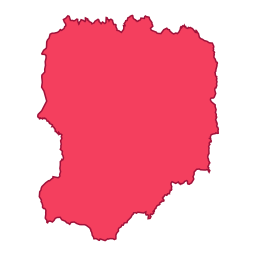 Mahabo, Menabe, Madagascar (Equal Earth projection)
{"feature_id": "10022922B70120442307447", "entity_name": "Mahabo", "entity_type": "district", "adm_level": 2, "iso_a3": "MDG", "parent_name": "Madagascar", "parent_adm1": "Menabe", "projection": "equal_earth", "projection_center": [45.183, -20.687], "detail": "fine", "context": "isolated", "style": "filled", "palette": "rose", "viewbox_px": 256, "rotation_deg": 0, "n_neighbors": 0, "source": "geoboundaries", "source_scale": "gbopen_adm2", "svg_char_len": 5726}
<svg xmlns="http://www.w3.org/2000/svg" viewBox="0 0 256 256"><path d="M212.3,43.1L209.2,42.8L207.0,41.3L204.3,40.6L202.5,39.3L201.0,38.8L199.4,37.4L198.4,33.4L197.0,32.2L197.1,31.5L196.4,30.8L196.4,32.5L195.6,32.4L195.1,32.0L194.9,31.0L194.5,31.1L192.4,28.5L191.4,28.2L190.6,27.5L189.6,27.8L188.4,27.4L187.8,28.4L186.1,27.9L185.6,26.5L184.8,26.8L184.3,25.4L183.9,26.3L182.8,25.8L181.7,27.6L181.3,26.6L181.0,26.6L180.4,27.9L180.3,29.3L178.8,32.2L177.3,33.6L175.9,33.0L173.7,33.9L172.3,33.2L169.9,31.1L169.4,29.8L167.6,29.3L166.8,28.2L163.8,29.7L160.9,33.6L157.8,33.4L156.8,33.0L156.3,32.2L151.3,30.2L150.5,28.3L152.8,26.3L152.5,24.9L152.0,24.1L151.9,22.5L149.6,19.2L149.1,17.3L147.6,16.8L147.0,17.0L145.4,16.0L144.7,16.7L144.4,18.4L140.9,18.1L140.6,19.2L139.8,20.3L138.6,20.5L138.1,21.2L137.1,21.5L136.7,20.6L135.9,20.6L135.5,19.8L134.4,19.4L133.2,18.1L132.7,15.6L132.2,15.4L130.2,16.3L129.6,17.1L127.9,17.8L127.1,20.4L125.8,20.7L125.2,22.3L124.1,23.7L124.8,24.7L125.0,25.7L123.5,25.6L123.9,27.1L123.6,29.4L121.4,32.4L118.8,30.7L117.0,30.3L117.0,29.1L115.9,26.8L116.0,24.9L115.5,24.5L113.8,24.5L112.8,22.0L112.5,20.3L110.9,19.2L109.6,19.9L109.0,20.9L108.6,19.7L107.6,19.3L107.3,18.0L106.7,17.6L106.2,17.5L105.9,22.6L104.8,23.5L102.5,22.0L101.1,23.7L99.8,22.1L99.0,21.6L99.0,20.2L98.0,19.3L94.9,21.3L94.1,22.8L91.9,23.8L91.3,22.6L89.1,21.5L88.6,20.3L87.7,20.1L87.7,19.0L85.4,17.9L85.3,19.1L85.7,19.9L85.1,21.5L84.4,21.4L83.8,20.6L81.1,19.7L80.6,20.9L79.4,22.3L79.2,23.7L78.8,24.2L77.7,21.1L77.7,19.4L76.8,19.1L75.0,20.5L73.8,20.9L72.6,20.4L70.8,20.5L70.4,20.2L69.2,16.4L67.9,15.8L65.6,18.4L63.4,19.5L64.3,22.0L65.6,23.8L65.8,25.5L65.6,26.1L64.7,26.6L64.1,28.5L61.5,30.4L61.1,30.4L60.6,29.6L60.1,29.8L59.4,31.0L57.5,32.4L54.1,33.2L52.1,33.2L50.1,34.2L49.1,38.1L47.5,40.0L46.7,41.9L46.5,47.3L46.1,48.4L43.7,50.2L41.8,53.7L42.1,54.3L44.6,54.4L46.0,55.4L46.1,57.9L45.2,61.7L45.5,65.4L44.7,69.3L44.8,72.0L41.9,75.1L41.8,77.0L42.3,82.4L41.6,87.1L44.0,91.2L46.7,101.1L41.7,110.8L38.1,114.4L37.7,116.2L38.2,117.4L39.3,117.9L39.5,118.7L40.6,118.0L41.0,118.6L42.5,118.2L42.7,118.9L44.1,118.0L44.5,118.6L45.3,118.4L46.5,119.6L47.1,121.1L48.4,121.2L48.8,122.1L49.6,122.5L49.5,123.4L52.4,124.8L52.5,125.2L51.9,126.6L52.8,126.4L54.3,127.7L54.4,128.7L55.3,129.1L55.1,131.1L55.3,131.5L56.2,131.4L56.5,132.2L57.9,133.6L58.6,132.3L59.5,133.7L59.2,134.4L60.7,133.9L61.9,134.9L61.2,136.9L61.6,137.3L61.8,138.6L60.6,140.8L61.3,144.4L60.9,145.3L60.9,147.9L60.3,149.3L62.4,151.3L62.0,154.2L62.8,155.3L63.5,157.9L62.9,159.7L62.6,159.9L61.9,159.4L61.5,160.5L60.3,161.6L60.3,165.1L59.9,168.4L60.6,171.7L59.7,174.4L59.9,175.9L59.7,176.5L58.2,177.7L53.0,176.7L52.8,178.3L51.9,178.7L49.6,180.7L48.6,180.7L45.8,182.7L42.0,186.5L41.3,188.0L40.9,190.1L39.7,191.8L39.3,196.7L41.4,200.0L41.1,201.7L41.9,202.8L42.7,205.6L42.5,207.2L43.5,208.5L44.5,208.4L45.1,208.9L45.9,210.4L45.7,212.6L45.8,214.2L45.3,217.6L45.4,218.5L46.9,220.4L46.9,222.4L47.6,222.8L48.4,221.4L50.0,221.0L52.4,222.0L54.1,220.3L55.2,218.4L57.0,217.5L60.2,217.3L61.8,219.8L65.1,221.1L66.9,222.9L68.2,223.2L69.7,224.3L71.1,222.3L74.3,222.0L76.7,223.5L79.8,224.6L84.9,224.7L86.4,225.4L89.9,228.0L90.1,228.8L90.7,229.2L90.9,230.9L91.7,232.3L92.3,235.4L93.4,236.9L93.9,238.8L96.2,238.6L99.1,240.3L99.5,240.2L99.8,239.2L100.4,239.0L105.1,240.6L107.8,238.8L108.6,239.1L109.9,238.6L113.0,238.7L114.4,239.5L115.9,238.8L115.9,235.1L116.6,233.3L118.5,230.9L118.3,229.6L118.7,228.3L121.1,226.8L121.8,225.1L123.2,225.2L124.3,222.9L127.0,222.6L127.5,220.8L130.9,217.4L132.2,214.9L133.1,214.3L133.6,212.9L135.4,212.7L136.5,213.2L137.4,212.4L138.7,212.3L143.6,213.0L145.8,211.9L145.6,213.8L146.2,215.0L147.8,214.7L148.7,216.4L148.2,217.0L148.1,218.7L150.1,218.4L151.0,216.6L150.3,215.6L150.3,214.5L151.0,214.0L152.1,214.5L153.7,213.2L153.8,212.7L153.1,211.7L153.5,210.9L154.3,211.1L154.3,210.2L155.1,208.7L156.0,208.2L156.0,207.5L156.8,206.1L157.4,205.4L159.1,204.9L159.3,204.2L159.8,204.2L159.7,203.6L160.0,202.6L161.6,201.8L161.8,201.2L163.7,201.1L164.0,200.1L163.4,199.7L162.6,198.1L163.1,197.9L163.1,197.1L164.0,196.5L164.7,195.1L165.9,194.9L166.5,195.3L167.3,194.8L167.5,193.8L169.3,193.7L169.1,193.3L169.6,192.8L170.3,190.2L171.3,190.2L171.7,189.5L171.4,187.9L171.8,186.8L170.9,184.1L171.1,183.1L172.1,181.7L175.7,183.4L178.3,182.0L179.3,183.5L179.8,183.4L180.0,183.9L180.4,183.8L180.8,184.3L181.4,183.6L182.1,183.7L183.9,182.7L184.5,181.5L186.7,180.6L187.4,181.3L187.7,183.8L189.1,184.3L191.5,182.9L193.7,179.3L193.7,178.5L193.0,176.8L194.1,174.3L194.1,172.1L196.6,169.3L199.4,169.0L200.3,169.7L204.4,170.0L206.0,170.0L206.9,169.5L208.1,169.8L208.2,170.7L209.1,172.2L209.8,170.5L208.4,169.1L208.8,167.8L208.0,167.1L207.9,166.5L208.6,165.3L209.2,163.4L209.8,162.9L208.4,160.1L208.5,159.2L207.9,158.0L207.7,156.6L208.3,154.5L209.0,153.7L208.8,149.2L209.1,148.0L208.6,146.8L209.4,144.6L209.8,144.5L209.2,143.1L210.2,141.8L210.9,142.0L211.3,141.1L210.5,139.1L209.8,138.5L210.6,138.4L210.3,137.0L211.2,134.7L213.8,133.8L215.1,133.7L215.9,132.9L216.9,133.4L218.2,133.2L218.0,130.4L218.3,129.2L217.8,127.3L216.9,126.8L216.7,125.9L217.1,124.7L217.1,123.0L216.4,122.6L216.5,121.7L215.6,119.8L216.7,117.1L216.1,116.8L216.3,114.4L215.4,112.6L216.1,109.6L215.1,106.5L215.2,104.9L211.3,101.7L210.4,100.0L210.5,99.0L211.1,98.1L213.4,98.0L214.2,97.2L215.7,93.5L214.8,90.4L214.8,88.9L215.3,87.9L216.1,87.8L216.2,86.7L216.8,85.8L216.5,83.7L217.0,81.7L216.5,80.4L216.5,79.3L216.9,78.9L216.5,77.6L216.7,76.6L216.0,76.4L215.4,75.1L215.3,73.5L214.9,72.7L215.8,71.2L215.9,69.7L217.0,65.6L216.8,65.1L217.4,63.1L217.1,62.3L216.2,62.0L215.0,58.8L214.0,57.6L213.9,55.9L214.3,54.8L214.0,53.6L214.5,52.3L213.2,50.7L213.6,49.5L213.3,47.8L213.8,47.1L213.7,46.2L212.3,43.1Z" fill="#f43f5e" stroke="#9f1239" stroke-width="1.5"/></svg>